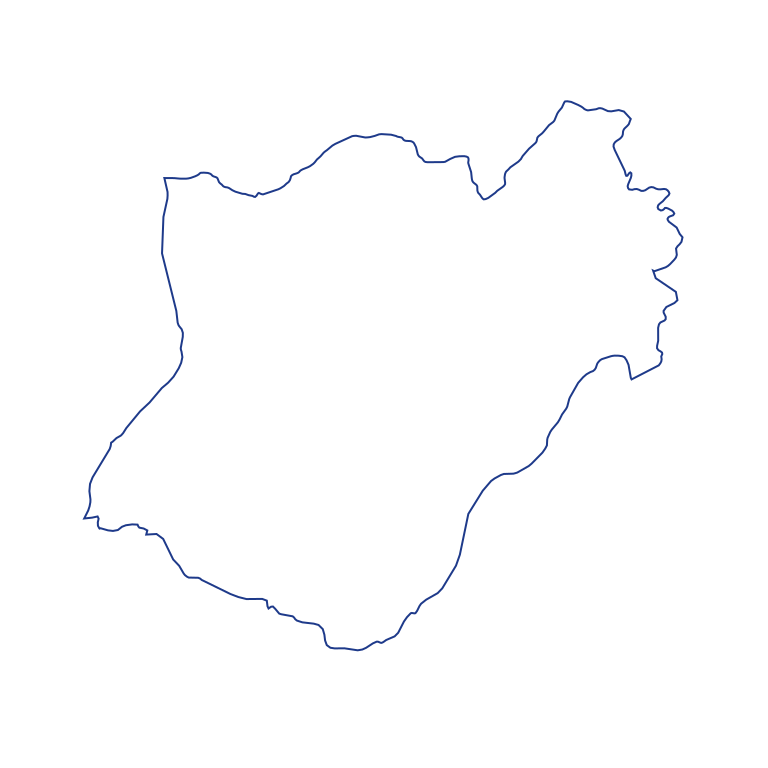 an SVG outline of Plateaux, rotated 174°
{"feature_id": "COG-3346", "entity_name": "Plateaux", "entity_type": "Region", "adm_level": 1, "iso_a3": "COG", "parent_name": "Republic of the Congo", "parent_adm1": "", "projection": "mercator", "projection_center": [15.163, -2.009], "detail": "fine", "context": "isolated", "style": "outline", "palette": "blue", "viewbox_px": 768, "rotation_deg": 174, "n_neighbors": 0, "source": "natural_earth", "source_scale": "10m", "svg_char_len": 5882}
<svg xmlns="http://www.w3.org/2000/svg" viewBox="0 0 768 768"><g transform="rotate(174 384 384)"><path d="M696.2,281.6L691.4,289.1L689.6,293.1L688.4,297.1L688.0,299.9L688.2,308.2L686.8,315.4L683.6,321.6L664.2,347.2L663.6,348.0L662.3,350.9L661.5,354.2L660.0,354.9L655.7,358.2L652.0,359.8L650.8,360.4L648.6,362.4L644.8,367.2L629.4,382.3L619.1,390.1L605.4,403.2L598.5,407.9L592.5,413.3L586.5,421.1L583.5,426.3L581.7,431.8L582.0,437.4L582.4,439.3L582.4,440.9L579.2,451.9L578.7,455.9L579.5,459.6L581.7,463.0L582.3,464.3L582.8,466.6L582.9,478.4L591.1,537.1L585.9,573.2L580.1,590.7L579.5,594.1L579.2,597.6L580.9,611.8L571.2,610.7L565.7,609.6L559.5,608.9L557.3,608.9L554.6,609.2L550.1,610.3L547.8,611.1L546.2,611.9L545.4,612.6L544.7,613.0L544.1,613.2L541.0,613.0L537.1,612.3L535.1,611.4L533.8,610.4L533.2,609.4L532.3,608.6L531.2,608.0L530.0,607.5L528.9,606.9L528.1,606.0L527.0,602.1L526.3,601.1L525.5,600.2L524.6,599.4L523.2,597.5L522.2,596.8L521.0,596.3L519.6,596.0L518.4,595.5L517.4,594.9L514.6,592.6L511.7,590.8L505.0,588.0L502.1,587.5L499.0,586.0L495.1,584.8L493.9,583.9L492.7,583.5L491.2,584.5L489.4,586.7L488.5,587.1L486.1,585.7L484.5,585.2L468.7,588.7L466.5,589.5L462.7,591.4L460.0,593.5L457.8,594.8L456.9,595.8L456.2,596.7L455.2,599.0L454.8,600.3L453.6,601.3L452.0,602.0L448.9,602.6L447.5,603.0L446.5,603.5L445.2,604.7L444.6,605.1L442.5,606.0L437.1,607.5L434.8,608.4L431.3,610.4L429.7,611.7L427.2,614.3L426.2,615.0L425.2,615.7L423.3,617.1L419.8,620.4L418.0,621.6L416.5,622.4L410.4,626.5L407.3,627.9L389.8,633.8L388.0,633.9L385.8,633.8L376.8,631.1L374.8,631.0L372.1,631.0L367.3,631.7L362.8,632.8L360.4,632.8L350.9,631.2L346.1,629.4L345.2,628.8L344.3,628.4L341.3,627.5L340.4,627.0L340.0,626.5L339.8,626.2L339.5,625.6L339.0,624.8L338.0,624.0L336.7,623.5L332.8,622.9L331.4,622.5L330.3,621.8L329.4,621.0L328.8,619.9L327.4,616.2L326.4,608.9L325.9,607.7L325.2,606.6L322.5,604.3L321.3,602.2L320.6,601.2L319.6,600.5L317.4,600.0L301.8,598.5L300.0,598.6L294.6,600.9L289.6,602.5L285.3,602.6L280.4,602.2L278.1,601.5L276.7,600.5L276.4,599.2L276.5,597.8L277.1,595.5L277.1,594.8L276.9,593.7L275.2,585.6L275.2,579.3L275.1,577.8L274.8,576.4L274.2,575.3L273.4,574.4L271.7,572.8L271.0,571.9L270.6,570.8L270.9,566.7L270.7,565.4L270.3,564.2L268.8,562.3L267.1,559.0L266.4,558.0L265.5,557.2L263.5,557.3L260.8,558.2L253.4,562.5L251.2,564.3L245.3,567.6L243.7,568.8L242.7,570.1L242.5,571.6L242.6,576.0L242.5,577.0L241.7,580.1L241.0,581.5L240.7,582.0L240.4,582.4L240.2,582.6L237.7,584.5L235.7,586.3L227.1,591.1L224.1,593.6L223.7,594.3L222.2,596.3L215.1,602.9L208.5,607.6L207.6,608.4L207.1,609.1L206.8,609.7L205.7,613.0L205.1,613.6L204.5,614.2L200.5,616.8L198.7,618.4L192.8,624.2L188.5,626.8L187.8,627.4L187.0,628.2L183.4,634.8L181.9,636.7L178.2,640.3L175.3,645.2L174.4,646.1L172.1,646.0L168.4,645.0L161.7,641.2L158.7,639.2L156.9,637.6L156.2,636.7L155.2,636.0L154.0,635.3L152.6,634.8L144.3,635.1L141.6,635.8L140.0,635.7L138.1,635.1L132.8,632.0L129.5,631.4L121.9,631.9L116.9,629.9L110.9,621.8L112.2,619.3L112.6,618.4L113.4,616.8L115.0,615.3L117.9,613.1L118.7,612.3L119.4,611.2L119.9,610.0L120.4,607.3L121.1,605.7L122.4,604.3L124.0,603.1L127.5,601.3L129.2,600.1L130.5,598.3L130.9,596.1L130.1,592.7L122.3,570.9L121.8,567.1L121.3,565.7L120.2,565.7L118.1,568.1L117.0,568.7L116.0,567.7L116.2,565.3L117.0,563.1L120.2,557.3L121.0,555.3L120.8,553.4L119.9,551.9L116.8,551.2L114.5,551.6L112.2,551.5L110.2,550.6L108.0,549.2L105.9,549.0L103.9,549.4L99.7,551.6L97.6,551.9L95.5,551.4L93.0,549.8L91.0,549.0L89.0,548.7L85.1,548.7L83.2,548.2L81.7,546.9L80.7,545.3L80.2,543.6L81.2,542.0L84.4,539.6L87.6,536.6L91.1,534.4L92.7,533.0L93.4,531.1L92.9,529.3L90.5,527.6L88.7,527.8L87.2,528.7L86.2,529.7L84.8,529.6L83.1,528.8L79.4,526.3L78.1,524.7L77.5,523.1L78.8,521.6L82.1,520.8L83.3,520.3L84.1,519.6L84.8,518.5L84.6,517.4L83.7,515.6L76.6,509.0L74.2,502.3L71.8,498.7L73.3,494.3L75.4,492.1L77.7,490.3L79.4,488.2L79.3,481.8L80.4,479.3L82.4,477.2L87.1,473.2L89.3,471.7L91.7,470.6L103.4,467.9L104.5,468.6L102.7,460.8L84.1,445.1L83.4,436.7L86.7,434.2L95.1,431.1L98.3,427.5L98.4,425.7L96.8,421.4L97.1,419.0L98.4,417.8L102.7,416.3L104.3,414.6L105.5,411.2L106.8,398.3L108.4,393.4L108.7,391.0L107.5,388.9L105.5,387.5L104.2,386.2L104.1,384.7L105.4,382.4L105.3,379.6L105.9,377.4L107.1,375.6L108.8,373.8L137.3,362.7L137.9,364.3L138.8,377.5L140.3,382.2L142.0,385.4L144.0,386.7L147.6,387.6L151.5,388.1L153.5,388.1L155.4,387.9L164.6,386.0L166.4,385.2L168.1,383.8L169.1,382.8L169.8,381.9L171.7,377.8L173.0,376.2L174.8,375.0L177.5,374.3L181.6,372.5L185.3,369.9L190.8,364.8L200.4,351.4L201.4,349.6L204.1,342.4L205.3,340.5L210.1,335.1L213.0,330.5L215.1,327.7L221.9,321.1L223.7,318.9L226.9,313.4L227.5,311.6L228.4,305.9L230.4,302.9L233.6,299.2L245.5,289.4L248.6,287.3L260.7,282.0L262.7,281.6L264.7,281.3L274.2,282.0L277.2,281.3L283.9,278.5L287.7,276.3L296.9,267.6L313.7,246.0L326.4,206.3L331.4,195.8L347.4,174.7L352.5,170.4L364.6,165.1L370.1,161.6L371.9,159.5L374.8,154.9L376.7,152.8L377.7,152.7L380.3,153.4L381.4,153.2L385.5,149.7L389.0,145.7L395.9,135.1L399.8,131.9L408.5,129.2L411.7,127.4L413.4,126.8L414.4,127.0L417.0,128.4L418.3,128.5L422.2,127.2L429.4,123.5L433.3,122.2L438.0,121.9L451.1,125.3L460.7,126.2L464.9,127.3L468.2,130.3L469.4,135.1L469.5,140.9L470.5,146.6L474.3,151.2L478.9,153.0L490.1,155.5L495.3,157.8L496.9,159.4L497.8,161.1L499.1,162.5L510.4,165.8L512.2,166.6L515.7,171.8L517.7,174.3L519.6,174.3L522.3,172.8L523.1,175.2L523.2,180.8L527.6,183.0L543.3,184.5L551.2,187.4L558.7,191.2L585.8,208.2L587.2,209.7L589.0,210.7L598.4,211.9L599.9,212.8L601.9,214.7L603.0,216.4L606.7,224.6L612.0,231.5L619.8,253.0L625.9,258.6L636.2,259.1L634.7,263.1L638.1,265.4L642.3,266.7L643.2,268.0L643.8,269.9L649.1,270.7L655.5,270.5L659.5,269.4L663.9,266.6L668.9,266.2L673.8,267.3L681.0,270.2L681.9,269.9L682.2,270.2L683.3,272.9L683.1,276.3L681.9,279.9L682.7,282.2L688.3,281.6L696.1,281.6L696.2,281.6Z" fill="none" stroke="#1e3a8a" stroke-width="2"/></g></svg>